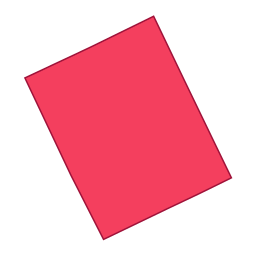 the district of Linn, Iowa, United States of America, rotated 334°
{"feature_id": "52423323B70350332268545", "entity_name": "Linn", "entity_type": "district", "adm_level": 2, "iso_a3": "USA", "parent_name": "United States of America", "parent_adm1": "Iowa", "projection": "mercator", "projection_center": [-91.569, 42.079], "detail": "fine", "context": "isolated", "style": "filled", "palette": "rose", "viewbox_px": 256, "rotation_deg": 334, "n_neighbors": 0, "source": "geoboundaries", "source_scale": "gbopen_adm2", "svg_char_len": 307}
<svg xmlns="http://www.w3.org/2000/svg" viewBox="0 0 256 256"><g transform="rotate(334 128 128)"><path d="M200.0,38.8L128.7,38.9L57.3,37.8L56.0,145.6L56.6,181.5L57.2,217.4L128.4,217.8L163.8,218.2L199.1,218.1L199.2,182.3L199.5,110.7L200.0,38.8Z" fill="#f43f5e" stroke="#9f1239" stroke-width="1.5"/></g></svg>